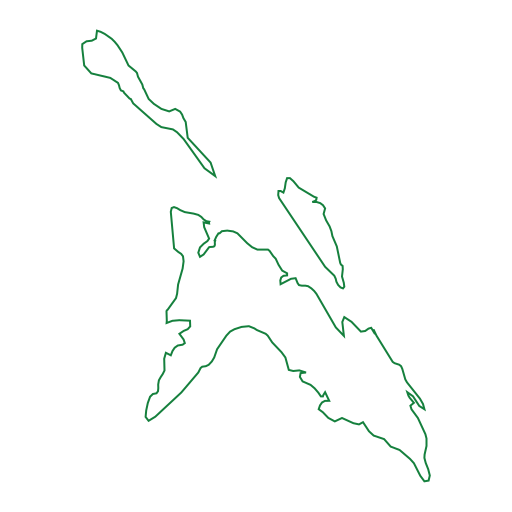 the border of Masbate
{"feature_id": "PHL-2540", "entity_name": "Masbate", "entity_type": "Province", "adm_level": 1, "iso_a3": "PHL", "parent_name": "Philippines", "parent_adm1": "", "projection": "mercator", "projection_center": [123.509, 12.44], "detail": "fine", "context": "isolated", "style": "outline", "palette": "green", "viewbox_px": 512, "rotation_deg": 0, "n_neighbors": 0, "source": "natural_earth", "source_scale": "10m", "svg_char_len": 3642}
<svg xmlns="http://www.w3.org/2000/svg" viewBox="0 0 512 512"><path d="M424.4,457.9L425.7,462.9L428.2,469.2L429.8,475.5L428.6,480.6L424.4,481.3L420.3,475.8L413.9,463.2L410.0,458.9L399.6,450.0L390.7,446.6L384.1,439.1L373.7,435.6L369.0,431.3L363.0,422.2L359.0,424.4L353.4,423.2L342.0,418.0L334.8,421.4L328.3,417.9L322.8,412.2L318.7,409.2L320.0,405.4L322.0,402.5L324.9,400.9L329.2,400.8L325.1,392.2L323.3,395.1L322.9,396.4L320.9,396.4L318.3,392.6L314.6,388.3L310.6,384.9L302.6,381.4L299.9,376.9L300.6,373.1L306.0,372.5L299.3,370.4L293.2,371.0L288.8,369.9L285.4,357.5L281.5,352.2L272.2,342.4L267.7,335.6L265.7,333.8L256.8,330.0L254.4,328.4L248.9,326.2L241.6,326.9L234.5,329.2L230.1,331.6L226.4,335.6L217.1,349.2L214.2,357.5L211.8,361.5L208.7,364.8L205.8,366.2L202.2,366.7L200.6,368.0L198.3,372.5L181.3,392.5L155.3,416.7L148.6,420.8L145.6,416.9L146.2,410.5L147.8,403.0L150.1,396.7L152.9,394.0L156.5,393.3L158.0,391.2L158.3,388.2L158.2,384.5L158.9,380.3L160.7,377.1L162.7,374.1L164.5,370.5L164.2,358.7L165.9,352.8L170.8,355.3L172.5,351.0L174.7,347.7L177.8,345.5L182.6,344.7L184.8,343.1L183.6,339.5L179.4,333.8L183.7,330.9L187.7,329.2L190.2,326.4L190.0,320.7L179.3,320.2L172.4,320.8L166.6,323.0L166.8,320.9L166.5,311.2L166.8,310.4L167.5,309.9L176.0,298.1L177.1,293.8L178.1,284.5L182.6,268.6L183.6,261.3L183.0,256.3L181.2,253.9L178.2,251.9L174.1,248.4L170.8,211.8L171.7,208.0L174.0,207.1L177.1,208.2L180.2,210.1L184.8,212.1L193.6,213.6L198.3,214.9L201.3,216.9L203.6,219.4L206.4,221.2L209.2,221.7L208.9,222.2L209.1,223.5L203.6,222.4L204.2,227.2L209.1,238.6L207.4,241.1L203.7,243.7L200.0,247.4L198.3,252.7L200.0,256.8L203.6,254.5L209.1,247.2L209.9,247.0L213.0,246.8L214.3,246.3L214.9,244.9L214.8,241.9L215.2,240.8L214.6,240.5L216.2,236.9L218.5,233.3L219.6,233.3L221.9,231.2L227.2,230.6L233.1,231.4L237.4,233.3L247.2,243.2L252.1,247.2L257.4,249.6L268.0,249.6L269.6,250.9L273.2,256.1L275.7,258.7L278.5,264.7L282.2,270.6L287.1,273.3L287.1,275.4L283.5,275.8L281.2,277.5L280.3,280.4L280.6,284.2L291.0,278.8L295.6,278.2L297.6,283.1L299.0,285.1L302.0,285.7L305.5,285.7L308.1,286.2L311.4,288.4L314.1,290.9L316.4,293.8L335.8,327.4L343.9,335.9L342.3,322.0L344.3,317.1L351.5,321.8L360.9,331.6L365.2,331.0L368.5,328.6L371.2,327.8L373.5,331.6L373.5,329.4L376.5,335.7L392.7,361.9L394.6,363.2L399.2,364.7L401.1,366.2L402.3,368.9L405.3,379.4L407.0,382.4L419.9,398.6L423.0,404.0L424.4,409.2L419.3,406.0L413.0,396.3L407.3,392.2L408.4,395.6L409.7,397.8L413.9,402.8L410.4,405.7L411.5,409.3L417.9,418.0L425.4,434.2L426.5,438.5L426.5,446.0L424.6,454.5L424.4,457.9ZM185.7,122.0L187.7,137.8L210.6,162.6L215.2,176.1L204.5,168.3L183.6,139.0L177.0,132.2L172.9,129.4L161.3,127.1L156.5,124.0L133.2,103.4L130.8,99.0L129.6,98.6L124.1,92.8L123.4,91.4L120.9,90.4L119.7,88.1L119.0,85.3L118.0,82.9L110.3,77.9L91.3,73.4L84.2,65.5L82.2,47.8L82.3,44.1L86.5,41.3L91.8,40.7L96.0,38.5L97.0,30.7L100.6,31.8L104.7,33.9L111.7,38.8L114.7,41.8L117.5,45.2L122.3,52.5L128.5,65.5L135.8,71.5L137.0,73.0L138.0,76.7L142.3,84.5L143.3,88.3L144.1,89.2L148.7,99.0L153.9,103.9L161.4,108.9L169.2,111.4L175.2,108.9L180.1,111.6L182.1,114.6L183.4,118.1L185.7,122.0ZM342.0,276.5L343.8,282.8L344.3,286.7L343.0,288.4L340.5,287.4L338.1,284.9L336.4,281.7L335.7,278.7L334.3,275.7L325.1,266.8L279.1,198.1L278.2,195.1L278.5,191.0L280.6,191.0L283.4,192.6L284.8,188.4L285.7,182.3L287.1,178.1L289.9,178.1L293.4,181.2L298.7,187.6L313.9,196.7L316.6,197.7L316.3,199.7L315.3,200.8L312.3,202.0L316.6,202.0L320.2,203.1L323.0,205.2L325.1,208.4L323.6,214.0L326.1,220.3L329.6,226.4L331.4,231.2L332.4,236.1L336.8,246.4L340.2,262.9L340.9,264.5L342.6,265.9L342.8,269.3L342.0,276.5Z" fill="none" stroke="#15803d" stroke-width="2"/></svg>